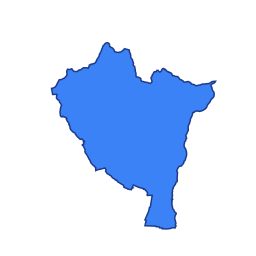 the district of Baiculesti, Arges, Romania, rotated 26°
{"feature_id": "2599482B94313215518908", "entity_name": "Baiculesti", "entity_type": "district", "adm_level": 2, "iso_a3": "ROU", "parent_name": "Romania", "parent_adm1": "Arges", "projection": "mercator", "projection_center": [24.661, 45.06], "detail": "fine", "context": "isolated", "style": "filled", "palette": "blue", "viewbox_px": 256, "rotation_deg": 26, "n_neighbors": 0, "source": "geoboundaries", "source_scale": "gbopen_adm2", "svg_char_len": 5738}
<svg xmlns="http://www.w3.org/2000/svg" viewBox="0 0 256 256"><g transform="rotate(26 128 128)"><path d="M214.1,197.2L213.9,196.5L214.1,196.0L214.0,194.9L213.7,194.9L213.2,194.6L213.0,194.1L212.9,192.8L210.8,190.1L210.2,189.6L209.8,189.1L209.4,188.3L209.1,187.3L208.8,185.7L208.8,184.8L209.0,184.3L208.7,183.5L206.4,182.8L205.7,182.0L204.7,181.4L203.7,181.0L201.0,177.5L200.7,176.8L200.2,176.5L200.1,176.0L200.2,175.6L200.1,175.2L199.7,174.9L199.4,174.2L199.0,173.7L198.6,173.5L198.8,172.5L199.4,172.7L199.4,172.4L198.2,171.4L198.0,171.1L197.9,169.7L197.4,169.2L197.2,168.4L196.9,168.1L196.2,167.1L195.9,165.6L195.0,164.0L195.1,162.4L194.8,161.6L194.7,161.2L195.0,159.1L195.3,157.6L195.2,156.9L194.9,156.3L195.0,155.7L195.4,155.2L195.6,154.6L195.5,153.9L195.3,153.5L194.8,153.1L194.5,151.9L193.9,151.3L193.1,148.9L192.3,147.2L192.1,146.2L191.8,146.0L190.9,145.6L190.6,145.1L190.4,142.5L190.5,141.4L191.0,139.7L192.3,139.1L192.6,138.7L193.4,135.5L193.4,134.9L193.0,134.1L192.9,133.5L193.4,132.8L193.4,132.0L193.4,131.0L193.0,129.5L192.8,129.1L192.9,127.9L192.7,127.2L191.8,125.1L191.0,123.8L188.9,121.5L187.3,120.7L186.4,119.7L185.7,118.4L185.5,117.2L185.1,116.1L185.0,115.5L185.4,114.2L185.0,113.0L185.2,111.5L184.2,110.4L183.2,109.6L183.3,107.4L183.2,105.7L183.2,103.7L181.2,99.9L181.3,98.8L181.2,98.0L181.3,96.9L181.0,96.1L180.9,95.5L180.9,95.2L180.9,94.7L180.3,92.8L180.1,92.1L180.3,90.1L179.8,86.5L179.5,86.2L179.7,85.4L180.0,85.3L180.8,84.5L181.0,83.7L182.1,82.6L185.1,81.7L186.3,80.7L187.7,79.2L189.0,77.1L189.5,75.6L189.6,75.0L189.3,72.6L190.3,68.5L190.1,66.4L191.3,62.9L191.3,61.9L191.1,61.1L190.7,60.0L190.2,59.0L189.5,58.2L188.8,57.7L187.6,57.2L186.8,56.5L186.2,55.6L185.4,54.5L184.7,54.3L184.0,53.5L183.8,52.9L183.9,52.2L185.8,49.7L186.1,48.8L186.2,47.6L184.4,48.6L183.3,49.4L181.4,52.4L176.7,55.4L175.6,55.8L174.0,57.8L172.5,58.6L171.7,59.6L169.8,60.3L168.6,60.0L167.2,60.2L166.6,60.6L165.8,60.7L164.4,59.8L161.8,59.8L161.2,60.1L160.5,60.8L158.4,62.1L157.7,62.1L156.6,61.5L154.3,61.4L153.7,61.6L152.2,61.1L151.3,60.3L150.8,60.3L150.2,60.0L148.1,60.8L146.9,61.0L146.2,60.8L145.3,61.4L144.5,61.0L143.6,60.1L142.7,59.7L141.4,59.7L140.9,60.1L140.4,59.7L140.0,59.7L139.8,60.0L138.8,60.0L137.3,59.6L136.4,59.1L135.7,59.0L135.3,59.4L135.0,59.3L134.8,59.0L133.8,58.9L133.3,59.4L132.9,60.0L132.8,60.6L132.9,61.4L132.7,62.9L132.2,63.7L131.5,63.8L129.7,63.0L128.7,63.6L128.6,65.2L128.0,65.3L127.2,65.8L126.7,66.9L126.9,67.4L126.8,68.9L126.5,69.4L126.9,70.8L126.6,72.4L126.9,72.8L127.1,73.4L129.3,75.7L129.3,76.2L128.6,78.1L125.8,78.6L125.2,78.6L124.2,78.9L122.9,79.5L122.3,79.4L121.4,79.5L120.8,79.8L119.7,80.0L119.3,79.7L118.6,79.4L118.0,78.1L116.7,77.7L114.5,77.9L114.2,78.1L112.9,78.4L111.7,76.5L111.5,75.9L110.4,74.4L109.6,73.8L108.8,72.1L108.2,71.6L107.2,70.0L106.8,69.7L105.7,69.6L105.2,69.3L104.8,68.5L104.7,67.7L104.1,67.0L103.5,66.2L102.7,65.6L102.0,64.6L100.1,63.8L99.1,62.6L98.4,61.3L97.3,59.9L96.6,59.6L95.6,58.5L95.1,57.4L93.1,57.6L91.6,58.0L90.3,58.1L89.9,58.8L89.9,59.9L89.1,60.7L89.0,61.8L87.9,63.1L87.1,63.5L86.7,64.1L85.3,64.7L84.4,64.9L82.4,65.2L81.0,63.7L78.8,62.9L75.8,62.8L75.3,62.1L74.8,61.0L74.4,60.8L73.7,60.3L72.2,60.3L71.2,61.1L70.6,61.7L70.3,62.5L70.0,64.1L69.7,64.6L69.6,65.2L69.9,67.5L69.9,68.4L70.1,70.0L70.2,72.0L70.1,72.8L70.2,73.8L70.0,74.0L70.0,74.3L70.3,75.1L70.5,76.3L70.4,77.2L70.5,77.6L70.1,79.0L70.2,80.1L70.0,80.5L70.0,81.1L70.3,81.4L70.2,81.8L70.2,83.0L69.9,83.6L69.9,84.2L68.1,86.0L67.6,86.1L67.2,86.9L66.8,87.2L66.3,87.3L66.2,87.5L66.2,88.0L65.8,88.4L66.0,88.5L65.9,90.3L66.0,91.1L66.0,91.6L65.9,91.9L64.8,91.9L61.9,93.2L61.5,93.6L60.7,94.7L60.6,95.2L59.9,96.5L59.4,97.0L59.1,97.0L58.5,97.4L57.8,99.1L57.4,99.5L55.7,100.5L54.5,100.8L52.5,100.1L52.2,99.6L51.2,99.6L50.8,100.2L49.9,101.0L49.0,101.4L47.9,101.7L47.9,102.4L48.1,104.0L48.6,104.9L49.5,106.0L49.7,106.8L49.9,107.1L49.8,108.2L49.3,110.0L48.8,111.2L47.9,112.2L47.0,113.6L46.4,114.0L45.1,114.7L45.0,115.8L44.9,119.5L45.0,120.8L44.7,122.5L44.4,123.4L43.8,124.2L42.8,125.3L41.9,125.9L45.6,130.9L49.1,129.0L49.7,129.4L49.7,130.1L50.5,132.4L52.3,133.4L53.0,133.3L54.1,133.6L55.0,134.7L56.9,135.6L58.4,136.9L58.3,137.8L58.8,140.2L59.7,142.9L60.3,144.3L60.8,144.7L61.0,145.2L61.8,146.5L62.1,146.7L62.7,147.0L63.4,147.1L64.1,146.8L64.5,146.5L64.5,145.9L65.6,146.1L67.7,145.8L68.0,146.2L69.0,146.4L68.8,147.2L70.9,148.8L72.5,149.5L73.0,149.8L73.3,150.5L73.6,150.6L73.5,150.9L73.9,151.1L74.6,151.8L75.3,152.3L75.6,152.7L75.8,153.3L77.2,154.6L79.6,155.5L80.9,155.8L82.1,155.7L82.8,155.9L83.0,156.2L83.6,156.7L84.2,156.9L85.0,157.5L85.7,157.7L86.1,158.0L86.7,158.2L87.7,158.3L88.7,158.8L89.8,159.1L90.1,158.8L90.4,158.9L90.8,158.7L91.5,158.0L92.3,158.5L94.5,159.0L93.9,159.6L93.9,159.9L94.2,160.2L94.8,160.5L94.9,161.0L95.3,161.7L95.2,162.2L94.3,162.8L94.4,163.4L95.7,163.7L98.7,166.1L99.2,166.6L99.5,168.0L100.6,169.1L102.4,169.9L104.6,171.4L106.1,172.7L107.5,173.5L108.3,173.9L108.6,174.4L110.0,175.6L112.5,176.6L113.4,176.8L116.6,177.9L116.7,178.6L117.7,180.4L118.4,179.4L125.0,174.0L125.5,174.6L126.5,175.1L126.7,175.3L126.8,175.9L126.7,176.5L127.0,176.9L129.4,178.2L130.9,178.1L132.7,178.5L133.5,178.3L135.7,179.5L136.9,179.7L138.3,179.6L139.2,180.2L139.5,180.3L140.9,179.8L141.9,180.8L149.2,181.5L150.3,183.0L150.5,183.1L153.5,182.8L154.3,183.0L154.7,183.0L158.1,182.0L157.9,180.6L158.8,179.5L157.8,179.2L157.9,178.9L157.8,176.9L163.8,176.6L168.8,175.7L169.0,176.2L170.5,175.8L170.9,176.2L172.4,176.8L173.8,177.6L174.2,178.0L174.5,179.9L175.1,180.1L177.0,179.0L179.3,178.0L182.7,189.3L182.1,190.0L182.9,192.9L183.1,194.2L183.5,203.2L184.8,203.1L186.1,208.4L196.0,204.0L196.3,204.4L199.5,203.2L200.0,203.9L202.6,202.9L202.9,203.6L206.5,202.0L209.7,200.1L211.9,198.0L214.1,197.2Z" fill="#3b82f6" stroke="#1e3a8a" stroke-width="1.5"/></g></svg>